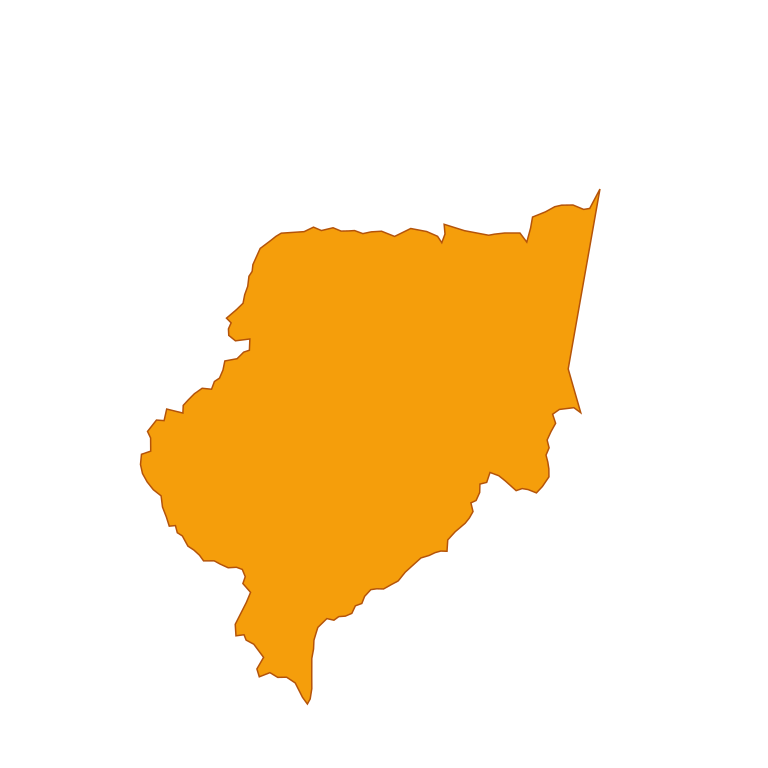 outline of Afogados da Ingazeira, Pernambuco, Brazil, rotated 227°
{"feature_id": "56859067B67400829355924", "entity_name": "Afogados da Ingazeira", "entity_type": "district", "adm_level": 2, "iso_a3": "BRA", "parent_name": "Brazil", "parent_adm1": "Pernambuco", "projection": "albers", "projection_center": [-37.624, -7.752], "detail": "fine", "context": "isolated", "style": "filled", "palette": "amber", "viewbox_px": 768, "rotation_deg": 227, "n_neighbors": 0, "source": "geoboundaries", "source_scale": "gbopen_adm2", "svg_char_len": 2197}
<svg xmlns="http://www.w3.org/2000/svg" viewBox="0 0 768 768"><g transform="rotate(227 384 384)"><path d="M491.2,151.0L483.2,146.3L473.9,144.0L464.0,143.2L454.2,144.7L445.1,138.1L435.1,134.1L426.5,130.0L422.7,134.9L416.2,131.4L410.4,132.9L399.1,130.0L392.2,131.7L384.6,132.3L377.7,131.4L370.5,139.2L363.9,141.4L355.9,144.7L350.6,151.1L345.0,153.9L337.7,151.1L334.3,144.7L322.6,144.3L318.1,134.3L309.7,111.3L300.8,104.0L296.1,110.6L290.7,108.5L282.5,111.3L266.2,109.5L262.3,96.7L254.9,93.1L250.7,103.7L241.9,106.2L236.0,112.8L225.9,115.2L210.4,110.7L202.2,109.7L204.0,115.2L210.4,123.4L219.6,131.9L232.5,144.0L238.2,151.7L244.4,158.0L248.2,164.5L251.1,169.6L251.4,182.2L245.4,186.3L244.7,192.3L240.6,197.4L238.2,204.1L241.3,211.8L238.6,218.1L241.9,225.0L242.6,234.1L239.2,239.0L234.4,243.9L232.4,252.2L230.3,260.1L231.9,271.2L231.8,279.2L231.6,292.4L227.8,300.1L225.8,306.4L223.1,311.6L218.7,316.0L226.5,324.3L227.4,335.4L226.8,348.4L227.8,355.1L230.0,362.1L237.8,366.5L236.0,371.9L239.4,380.0L245.4,385.9L242.0,392.0L247.0,401.2L238.6,405.4L230.4,406.6L215.9,407.9L213.3,413.7L208.5,417.4L200.4,421.2L201.0,429.9L203.6,441.3L209.5,446.7L215.1,450.5L221.5,454.0L224.7,461.2L231.8,465.1L235.3,473.7L238.2,482.7L246.9,486.7L245.8,494.9L237.2,506.7L228.8,508.3L257.5,522.9L269.4,529.0L281.4,544.9L379.3,674.9L372.1,654.2L375.5,649.1L386.0,644.3L393.7,635.8L397.2,629.8L399.8,619.5L404.8,606.5L398.1,597.6L390.4,585.2L401.7,586.4L412.0,575.4L418.3,566.9L421.4,562.0L441.3,547.4L459.8,536.9L452.1,530.9L447.9,522.6L455.5,523.9L466.4,519.2L479.5,509.6L484.7,492.4L497.4,486.4L504.0,478.4L508.4,471.1L516.3,467.1L520.1,462.5L525.1,456.9L533.0,453.3L538.9,442.9L546.8,439.4L549.9,429.5L564.4,411.7L565.7,405.6L566.4,397.1L567.6,385.9L560.7,369.5L556.3,364.4L554.9,358.7L548.4,351.0L544.3,343.0L539.2,336.0L539.0,327.1L539.6,313.7L533.0,313.9L530.4,307.8L525.4,303.6L516.9,304.8L508.4,316.6L500.5,308.6L503.0,303.1L502.7,293.8L509.4,283.3L504.0,275.7L500.5,267.7L501.5,261.7L497.8,254.3L504.9,248.1L506.2,238.8L505.9,230.5L505.3,222.6L499.9,217.1L513.9,208.0L507.2,198.2L512.8,193.0L510.6,178.7L503.7,176.5L494.0,167.6L498.0,158.7L491.2,151.0Z" fill="#f59e0b" stroke="#b45309" stroke-width="1.5"/></g></svg>